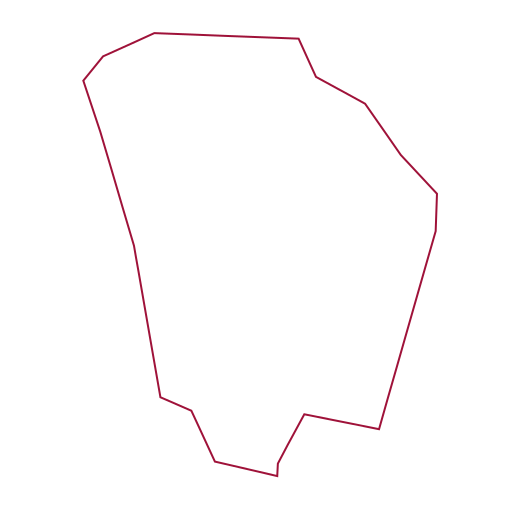 Terschelling, Netherlands, rotated 272°
{"feature_id": "6326949B18188251014258", "entity_name": "Terschelling", "entity_type": "district", "adm_level": 2, "iso_a3": "NLD", "parent_name": "Netherlands", "parent_adm1": "", "projection": "mercator", "projection_center": [5.382, 53.344], "detail": "fine", "context": "isolated", "style": "outline", "palette": "rose", "viewbox_px": 512, "rotation_deg": 272, "n_neighbors": 0, "source": "geoboundaries", "source_scale": "gbopen_adm2", "svg_char_len": 725}
<svg xmlns="http://www.w3.org/2000/svg" viewBox="0 0 512 512"><g transform="rotate(272 256 256)"><path d="M425.2,77.3L393.7,89.0L374.9,96.0L337.3,108.6L299.6,121.1L262.0,133.7L250.0,136.2L236.5,139.1L174.2,152.2L111.5,165.4L99.1,196.8L87.9,202.5L49.1,222.1L42.4,256.5L36.8,284.9L49.3,285.1L68.6,294.4L75.0,297.6L99.5,309.8L95.4,334.9L91.7,357.7L87.2,385.0L118.5,392.7L149.7,400.5L187.2,409.8L224.6,419.1L255.9,426.9L287.1,434.7L324.5,434.7L343.2,416.0L362.0,397.2L387.0,378.5L394.3,373.0L412.0,359.7L424.6,334.7L424.8,334.2L437.1,309.7L449.7,303.4L462.2,297.2L474.7,291.0L474.8,254.9L474.9,218.8L475.1,182.7L475.2,146.6L467.4,131.0L466.4,129.0L450.2,96.2L425.2,77.3Z" fill="none" stroke="#9f1239" stroke-width="2"/></g></svg>